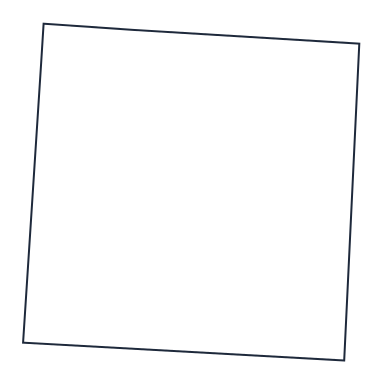 Young, Texas, United States of America, rotated 183°
{"feature_id": "52423323B23202152143639", "entity_name": "Young", "entity_type": "district", "adm_level": 2, "iso_a3": "USA", "parent_name": "United States of America", "parent_adm1": "Texas", "projection": "robinson", "projection_center": [-98.597, 33.175], "detail": "fine", "context": "isolated", "style": "outline", "palette": "slate", "viewbox_px": 384, "rotation_deg": 183, "n_neighbors": 0, "source": "geoboundaries", "source_scale": "gbopen_adm2", "svg_char_len": 246}
<svg xmlns="http://www.w3.org/2000/svg" viewBox="0 0 384 384"><g transform="rotate(183 192 192)"><path d="M349.4,312.2L352.8,32.7L31.2,31.7L32.7,348.9L259.4,350.8L349.0,352.3L349.4,312.2Z" fill="none" stroke="#1e293b" stroke-width="2"/></g></svg>